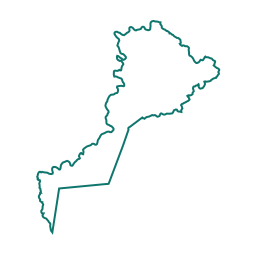 outline of Uruaçu, Goiás, Brazil, rotated 183°
{"feature_id": "56859067B5799909421600", "entity_name": "Uruaçu", "entity_type": "district", "adm_level": 2, "iso_a3": "BRA", "parent_name": "Brazil", "parent_adm1": "Goiás", "projection": "mercator", "projection_center": [-49.066, -14.326], "detail": "fine", "context": "isolated", "style": "outline", "palette": "teal", "viewbox_px": 256, "rotation_deg": 183, "n_neighbors": 0, "source": "geoboundaries", "source_scale": "gbopen_adm2", "svg_char_len": 5886}
<svg xmlns="http://www.w3.org/2000/svg" viewBox="0 0 256 256"><g transform="rotate(183 128 128)"><path d="M198.1,19.8L193.6,64.0L148.4,70.7L144.5,71.2L143.6,73.8L132.0,110.4L127.4,126.3L127.7,127.2L127.6,128.1L126.9,128.8L126.1,129.3L114.3,139.2L113.6,138.5L112.9,138.6L112.1,138.1L111.4,138.6L110.8,139.3L110.0,139.9L107.6,140.5L106.0,141.3L105.3,141.8L104.5,142.2L103.6,141.9L102.5,142.2L101.3,142.2L100.4,141.5L99.3,140.8L98.4,141.0L97.2,141.6L96.4,143.8L95.8,144.3L95.0,144.2L94.3,143.7L93.4,143.4L92.7,143.2L91.6,143.5L90.0,144.4L87.5,144.4L84.7,144.9L83.9,145.8L83.6,146.7L82.9,148.2L81.1,149.0L80.1,148.8L79.6,147.7L78.6,147.1L77.4,147.1L75.5,146.8L75.8,148.5L75.5,149.1L74.7,150.3L75.2,151.6L75.5,152.7L76.2,153.7L75.8,154.4L75.1,155.0L74.3,155.2L73.3,156.0L72.2,156.5L70.2,157.8L69.5,158.1L68.9,158.7L68.3,159.2L68.0,159.9L68.8,161.1L69.0,161.9L69.9,162.3L70.4,163.2L69.2,163.9L68.5,163.8L67.1,163.9L66.1,164.5L65.3,165.2L65.3,166.7L64.3,168.0L64.5,169.2L65.1,170.5L65.1,171.7L64.7,172.8L63.3,173.0L62.6,173.8L61.1,174.3L60.6,174.8L59.9,175.4L59.5,174.4L59.8,173.6L59.5,172.8L59.2,172.1L58.4,171.3L57.6,171.1L55.5,171.8L54.0,174.1L53.4,175.9L53.6,176.8L54.2,178.3L53.4,178.6L52.5,178.3L51.1,178.5L48.9,179.0L47.9,179.5L47.4,180.3L45.4,181.8L43.6,182.5L42.7,182.7L42.6,183.4L41.7,184.1L41.3,185.1L40.0,186.9L40.2,187.6L40.7,188.5L40.5,189.3L40.1,190.0L39.9,190.9L40.4,191.6L41.2,192.2L42.3,192.5L43.7,193.4L45.7,195.0L45.1,195.8L44.8,197.6L44.4,198.8L44.9,199.6L46.0,199.9L46.7,200.3L47.9,201.6L49.4,202.0L51.6,202.8L53.7,202.8L54.5,203.4L55.1,202.8L55.5,201.6L56.2,200.8L56.4,200.0L57.2,199.5L59.1,199.9L60.1,198.2L60.6,197.6L61.4,197.0L62.4,196.5L63.2,196.5L64.3,197.3L65.4,198.4L66.5,200.6L67.5,201.9L68.4,202.6L69.3,203.2L70.3,203.5L70.7,204.2L71.0,205.7L70.9,206.6L71.2,207.6L71.5,209.2L71.3,210.8L71.5,211.5L72.0,212.0L73.2,212.7L75.3,212.7L76.5,213.3L77.4,213.4L78.3,212.8L79.6,213.6L80.2,214.1L80.7,214.8L79.9,215.4L79.8,216.3L80.4,219.0L81.7,219.8L82.2,220.4L84.0,220.6L85.3,221.4L86.1,221.7L86.7,222.1L87.9,223.3L88.9,223.5L89.5,224.1L90.7,224.9L91.5,224.6L92.0,225.8L93.7,226.9L94.5,226.9L96.1,228.1L97.4,228.5L98.9,229.3L99.5,229.9L99.6,231.1L99.8,231.9L101.1,233.3L101.1,235.2L102.0,235.1L103.3,235.6L104.2,235.8L106.2,235.8L107.0,236.0L108.2,236.2L109.8,235.7L110.8,234.7L111.0,233.5L111.0,232.7L110.8,230.7L111.0,229.0L111.0,227.7L111.7,227.1L112.9,226.7L114.0,227.0L115.0,227.1L115.8,227.5L116.4,228.1L116.8,229.2L117.6,229.8L118.4,229.9L119.1,229.7L119.6,229.1L120.6,227.4L124.4,226.4L125.0,225.9L126.1,226.0L127.2,226.8L128.5,228.3L130.1,229.0L131.2,228.8L131.9,227.9L131.8,226.4L131.5,225.5L131.9,224.5L132.9,223.6L134.2,222.8L135.4,221.6L136.8,220.5L138.6,220.8L139.9,221.6L140.6,222.1L141.1,222.6L141.9,222.7L142.6,222.9L144.0,223.5L144.9,223.5L145.8,223.2L146.4,222.4L146.5,221.4L145.9,220.6L145.6,219.9L143.9,217.9L142.9,217.2L141.9,216.4L141.5,215.6L141.3,214.9L142.3,212.3L142.9,209.8L142.5,209.0L141.9,208.7L141.1,207.0L140.7,205.8L140.5,205.1L139.5,202.6L138.5,201.9L137.9,201.7L136.7,201.5L135.9,201.0L134.4,199.5L133.8,198.7L133.8,197.7L134.6,196.7L135.8,195.9L136.5,195.8L137.8,196.9L139.5,197.8L141.5,199.3L142.5,199.5L142.8,198.7L142.7,197.9L142.6,197.1L142.2,196.0L141.6,195.5L139.7,194.5L138.5,194.9L137.6,193.9L137.1,193.2L136.4,192.5L136.0,191.5L136.7,190.3L137.3,189.2L137.7,187.2L137.7,186.4L137.9,185.3L138.8,185.1L139.8,185.6L140.5,184.9L141.2,184.6L141.9,184.5L144.0,184.6L144.7,184.3L145.0,183.7L145.0,182.5L145.0,180.9L144.8,179.7L144.3,178.6L143.2,178.9L142.0,178.7L140.5,178.0L138.0,177.2L137.4,177.1L136.9,176.7L136.5,176.0L136.2,175.0L135.4,173.4L134.5,172.4L134.2,171.8L134.0,170.9L134.0,169.9L134.7,169.5L136.2,169.7L137.1,169.8L139.9,169.3L141.0,168.9L141.1,167.9L140.2,166.5L139.9,165.5L140.0,164.1L140.2,163.2L140.6,162.5L142.6,161.9L143.5,161.1L144.2,160.7L146.7,160.3L147.6,159.5L148.2,158.9L149.1,157.2L149.6,155.9L150.0,154.8L150.1,153.5L150.8,152.5L151.3,151.5L151.7,149.3L151.4,148.1L150.4,146.4L149.6,145.3L148.5,144.1L148.2,142.7L148.7,141.9L149.2,140.9L149.2,140.1L149.7,139.3L150.7,138.3L150.9,137.2L150.7,136.2L150.0,134.7L149.9,132.6L149.7,131.6L149.3,130.9L148.5,130.4L147.4,130.1L146.3,129.6L145.8,129.1L144.6,128.9L142.7,127.1L142.3,126.2L142.5,125.2L144.4,123.0L145.8,122.9L146.4,123.3L147.4,123.4L149.0,123.0L151.3,121.6L153.7,120.5L154.3,120.0L155.4,118.2L155.7,117.3L156.2,116.3L157.4,114.4L157.9,111.2L158.2,110.4L158.9,109.7L159.9,109.6L161.0,110.3L162.2,110.5L163.0,110.3L163.8,109.3L164.5,108.8L167.9,107.5L170.6,105.4L171.7,104.1L171.6,103.4L171.2,102.1L171.4,99.5L172.3,99.6L173.5,100.6L174.1,100.3L174.7,99.5L175.3,98.2L175.5,97.3L174.5,95.3L174.9,94.7L176.1,94.3L176.8,93.8L177.4,93.2L177.8,92.5L179.1,91.3L179.8,90.4L180.8,88.8L181.3,87.8L181.9,87.3L182.9,87.5L183.6,88.0L183.7,88.8L184.6,90.7L185.6,91.4L186.9,92.0L188.0,91.6L189.1,91.0L191.2,90.1L191.8,89.4L192.7,88.1L193.1,86.8L193.3,84.2L193.7,83.1L194.5,82.9L195.4,83.6L196.1,84.2L198.1,85.2L199.0,85.3L199.7,85.2L200.4,85.2L201.1,84.7L201.6,83.7L201.6,82.4L200.7,79.4L201.0,78.4L202.3,78.0L203.8,78.1L204.9,78.4L205.6,78.9L206.6,79.2L207.8,79.2L208.5,79.3L209.4,79.3L211.5,79.7L212.4,79.1L213.1,79.6L213.8,79.7L214.7,79.1L215.1,78.4L215.5,77.4L215.7,76.3L215.7,75.4L216.1,74.8L215.8,73.6L215.2,73.1L215.6,72.4L215.4,71.8L214.6,71.3L213.4,71.3L213.0,70.3L213.7,68.0L213.3,66.4L213.1,64.4L213.3,63.7L212.3,62.7L212.3,61.6L211.9,61.0L211.7,60.1L212.1,59.3L211.5,58.6L212.4,58.3L212.4,57.2L213.1,56.2L213.5,54.9L213.1,53.6L212.0,51.9L212.1,51.1L211.9,50.4L211.3,50.0L210.5,49.6L209.6,49.4L209.7,48.6L209.1,47.9L208.7,47.1L209.2,44.8L209.1,43.8L209.2,42.5L209.7,41.8L210.3,40.5L210.0,39.1L209.4,38.3L207.8,38.3L208.8,36.2L208.3,34.9L207.7,34.4L206.7,33.8L205.2,33.4L204.5,32.9L203.4,31.6L202.7,31.0L202.2,30.0L200.7,28.6L200.5,27.5L200.6,26.1L199.9,23.0L199.8,22.2L199.5,21.5L198.1,19.8Z" fill="none" stroke="#0f766e" stroke-width="2"/></g></svg>